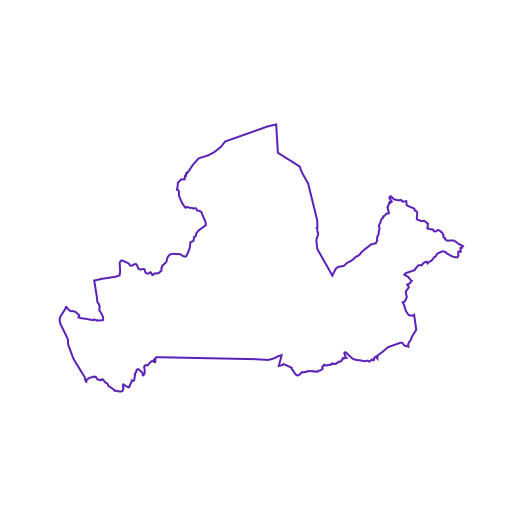 the district of Quiroga, Michoacán, Mexico, rotated 349°
{"feature_id": "50627088B77362230794456", "entity_name": "Quiroga", "entity_type": "district", "adm_level": 2, "iso_a3": "MEX", "parent_name": "Mexico", "parent_adm1": "Michoacán", "projection": "robinson", "projection_center": [-101.552, 19.708], "detail": "fine", "context": "isolated", "style": "outline", "palette": "violet", "viewbox_px": 512, "rotation_deg": 349, "n_neighbors": 0, "source": "geoboundaries", "source_scale": "gbopen_adm2", "svg_char_len": 6089}
<svg xmlns="http://www.w3.org/2000/svg" viewBox="0 0 512 512"><g transform="rotate(349 256 256)"><path d="M388.3,374.0L388.1,372.8L389.3,370.5L390.2,369.4L391.5,368.4L394.3,364.2L399.2,359.0L400.0,343.9L398.3,344.5L396.0,343.7L395.5,343.7L394.6,343.0L393.2,340.1L392.5,337.4L392.1,334.4L392.1,332.7L391.1,329.5L393.0,329.2L395.2,326.7L396.3,324.8L396.0,322.4L396.1,320.0L396.6,319.1L400.0,315.9L400.0,314.8L399.1,313.5L399.0,312.9L401.6,312.2L404.2,310.2L403.2,309.1L401.5,305.6L398.0,302.7L400.0,301.3L409.1,300.2L409.6,299.3L413.6,296.2L415.9,296.3L416.5,296.8L417.7,296.3L418.4,295.2L420.9,294.2L422.3,294.1L423.0,296.0L424.4,295.0L427.4,294.0L430.7,291.2L432.4,290.6L434.0,288.6L435.5,287.9L439.9,287.0L441.1,287.4L443.0,288.5L443.1,289.1L444.1,290.1L448.4,293.8L450.6,294.9L453.4,295.8L454.8,294.2L454.9,292.3L455.6,290.3L457.6,291.0L457.8,290.8L458.0,288.0L458.3,287.0L459.7,287.3L460.1,286.6L461.1,285.8L457.3,282.9L455.1,280.4L453.5,278.9L452.4,278.3L446.6,277.4L446.1,277.0L444.8,275.4L444.9,274.5L443.7,273.5L443.9,271.1L443.7,271.1L443.4,268.9L443.1,268.3L442.2,267.7L441.8,266.9L439.8,265.2L438.8,265.4L437.2,266.2L435.4,265.7L434.9,264.0L434.2,263.5L432.8,263.3L431.2,262.3L429.8,262.0L429.5,261.2L430.4,259.6L430.5,258.0L431.0,257.0L430.2,256.4L429.2,254.9L427.6,253.5L425.4,253.3L424.2,252.9L423.7,252.3L422.8,252.0L421.4,251.2L420.9,250.1L422.5,244.5L422.4,243.4L422.2,242.9L420.5,241.6L420.5,239.8L420.1,239.4L416.2,236.9L413.7,235.0L413.6,233.9L414.0,230.9L410.3,230.6L409.9,230.3L409.8,229.5L408.9,228.6L406.6,228.6L402.3,226.8L399.9,223.2L399.2,223.1L398.2,223.8L398.0,224.7L398.8,225.4L398.5,225.9L399.7,228.5L398.0,229.4L398.2,228.6L397.3,228.5L396.7,230.4L395.9,230.9L395.8,231.4L395.5,231.7L394.8,233.1L394.3,233.2L394.7,239.0L394.6,239.5L392.2,239.3L390.1,240.9L388.7,241.3L388.2,241.9L388.2,242.6L386.0,243.9L384.4,247.1L382.6,249.3L382.3,250.1L382.6,252.4L380.9,256.2L380.8,257.4L380.4,258.2L378.9,259.9L378.1,262.3L377.8,264.1L376.1,266.3L371.1,266.6L363.0,270.8L359.3,273.0L359.2,273.6L356.4,275.3L354.4,275.6L348.9,278.8L343.9,280.2L340.8,282.2L340.0,282.5L337.3,282.5L334.8,282.3L332.4,283.4L331.6,284.0L327.2,289.8L317.5,260.7L318.2,251.9L321.3,246.2L321.3,245.3L321.0,244.5L321.3,241.3L320.9,240.0L321.7,239.7L322.9,232.8L321.0,194.8L317.5,184.3L316.3,179.2L316.1,176.6L297.2,158.9L300.9,130.7L292.4,131.0L247.6,137.7L242.5,142.1L234.6,146.2L228.1,148.1L218.4,149.2L211.5,154.4L205.9,160.1L203.8,161.1L204.1,161.8L203.0,162.1L202.6,164.0L201.6,163.8L200.6,167.1L197.2,166.5L193.3,169.2L192.5,172.3L191.0,175.8L191.9,176.2L192.5,176.9L192.7,178.6L192.2,180.1L191.9,182.3L193.5,189.7L195.2,193.9L196.0,195.2L197.1,194.7L198.1,194.9L200.3,196.1L202.2,196.5L203.4,197.5L205.4,197.4L206.3,198.0L206.9,200.2L208.5,200.7L210.2,201.8L210.7,202.5L213.0,213.4L212.6,216.2L204.9,219.8L201.8,222.2L200.6,225.0L199.0,225.4L197.5,229.2L194.2,230.0L192.7,235.1L190.2,239.3L187.3,243.1L185.8,242.9L184.4,242.2L182.8,240.4L180.7,239.3L178.2,239.0L175.0,238.0L172.5,238.0L171.1,238.6L169.5,239.8L168.5,241.2L167.1,244.3L166.2,245.2L162.0,247.8L161.7,249.2L160.9,249.6L160.4,252.5L159.4,252.8L157.1,254.3L156.4,254.1L155.3,254.2L153.4,253.7L151.0,255.0L150.5,254.8L149.9,252.4L149.3,251.7L147.7,252.5L146.7,252.7L145.7,252.4L144.8,251.7L144.2,250.7L144.1,248.1L143.7,247.5L143.1,247.3L139.8,247.2L138.6,246.4L138.1,245.5L137.2,241.8L136.6,241.0L135.0,240.9L132.4,241.8L130.9,241.5L130.3,240.8L129.8,239.4L128.9,238.5L123.7,234.8L122.6,234.8L121.3,236.1L120.8,237.1L119.7,245.2L118.4,249.0L116.0,249.2L114.6,249.6L100.9,249.0L92.5,249.2L92.0,265.0L91.5,270.9L92.3,272.3L92.7,274.2L92.8,276.4L91.8,279.1L93.3,283.2L94.1,286.2L94.1,288.3L93.4,289.8L89.0,289.3L88.1,288.8L87.7,289.1L85.0,287.4L83.8,287.9L77.8,285.5L71.9,283.5L70.0,282.3L71.2,280.5L68.3,276.5L65.1,274.9L64.3,275.0L63.3,274.7L60.8,271.6L60.5,270.4L59.9,269.6L59.8,269.1L59.5,270.1L58.8,271.4L52.5,278.1L51.5,280.0L51.0,281.7L50.9,283.6L51.1,285.5L55.3,301.2L55.4,302.9L54.8,306.1L54.8,307.6L57.1,321.5L57.9,324.0L64.6,342.0L64.9,343.2L64.7,345.3L65.2,346.9L65.4,347.1L65.7,346.2L65.6,345.7L67.2,344.7L70.1,343.7L71.9,343.8L73.5,343.3L74.0,343.8L75.6,343.9L76.3,345.8L76.9,346.9L77.6,347.4L78.6,347.6L79.7,348.4L80.3,348.4L80.8,347.7L82.1,347.8L83.6,350.8L84.5,352.0L85.4,352.4L86.0,353.8L86.3,355.4L90.6,359.6L91.2,360.3L91.6,361.4L93.2,361.6L94.3,362.3L96.7,363.1L97.9,363.3L98.8,363.1L99.1,362.7L99.5,362.7L100.6,360.6L100.6,359.7L100.4,359.5L100.7,358.6L100.6,357.5L101.3,356.7L103.9,359.3L106.1,360.7L106.8,360.2L107.3,359.5L107.2,359.3L107.9,358.1L108.8,357.2L110.4,354.6L110.6,355.0L112.3,355.1L113.4,353.2L113.8,351.5L114.6,349.9L114.4,348.7L115.9,347.4L117.2,344.9L118.6,344.5L119.1,344.8L121.9,348.3L122.3,349.5L122.1,351.5L122.7,351.7L124.3,349.9L124.8,347.7L125.1,344.4L124.9,343.7L125.7,342.9L125.9,342.3L127.4,342.1L128.2,342.7L128.8,342.7L130.2,341.4L132.0,340.1L134.1,339.2L135.0,339.5L135.3,339.8L135.5,340.5L136.6,341.0L137.2,340.0L137.1,339.1L136.8,338.5L137.7,337.8L137.6,337.5L137.3,337.5L138.9,336.3L235.4,357.1L248.3,360.4L252.8,360.1L256.9,359.3L258.6,358.5L261.1,358.5L262.2,358.3L257.4,368.3L261.1,368.1L262.3,367.3L269.6,372.4L269.5,373.9L270.3,374.9L271.8,378.9L273.0,380.6L274.1,381.3L275.8,380.9L279.1,378.7L279.7,379.1L283.2,379.4L284.3,378.8L289.2,379.7L289.9,379.9L290.2,380.4L291.2,380.2L292.4,380.7L292.7,381.1L294.6,381.3L295.0,380.6L296.8,380.7L299.8,379.6L300.0,377.3L300.2,377.0L301.2,376.7L301.8,375.9L302.5,375.8L302.8,376.5L304.1,376.9L307.2,376.8L308.8,377.1L309.2,377.0L309.3,376.3L310.8,375.9L311.4,376.8L313.9,377.2L314.3,376.6L315.9,376.3L317.4,375.4L318.2,375.9L320.3,375.1L320.5,374.1L322.2,373.4L322.2,372.8L323.5,373.3L324.1,372.8L325.2,373.1L324.7,372.2L324.2,368.7L324.4,367.7L325.7,367.6L330.4,374.2L331.8,375.8L335.7,377.6L337.9,378.1L342.8,380.1L345.5,380.0L347.1,381.3L349.7,379.9L349.8,380.2L350.4,380.5L351.5,380.8L352.1,380.3L352.0,379.4L352.3,378.8L354.4,377.7L355.5,379.6L355.6,378.7L356.0,378.7L356.1,377.0L361.6,374.4L368.2,370.7L381.3,368.7L383.0,369.1L384.5,372.1L386.2,373.1L388.3,374.0Z" fill="none" stroke="#5b21b6" stroke-width="2"/></g></svg>